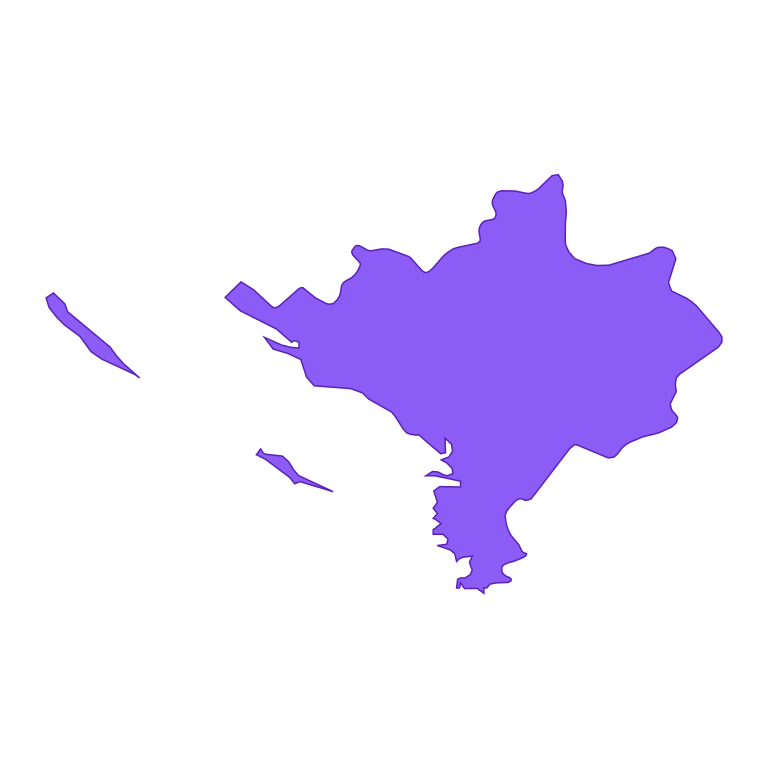 the border of Šibensko-Kninska
{"feature_id": "HRV-1491", "entity_name": "Šibensko-Kninska", "entity_type": "County", "adm_level": 1, "iso_a3": "HRV", "parent_name": "Croatia", "parent_adm1": "", "projection": "orthographic", "projection_center": [15.941, 43.766], "detail": "fine", "context": "isolated", "style": "filled", "palette": "violet", "viewbox_px": 768, "rotation_deg": 0, "n_neighbors": 0, "source": "natural_earth", "source_scale": "10m", "svg_char_len": 3652}
<svg xmlns="http://www.w3.org/2000/svg" viewBox="0 0 768 768"><path d="M486.7,587.9L483.9,587.9L483.9,593.3L477.1,588.4L464.5,588.6L460.5,582.6L460.0,584.0L460.1,586.2L459.4,588.0L456.6,588.0L457.6,579.3L460.6,577.9L465.0,578.0L470.3,574.6L472.2,569.8L470.6,566.1L469.5,562.0L472.3,556.1L463.1,557.2L459.8,558.4L456.6,561.4L454.8,553.8L450.2,549.9L437.3,545.5L446.7,544.3L448.0,539.1L443.0,534.3L433.2,534.3L433.2,529.5L435.8,527.9L438.6,525.4L441.2,523.7L435.6,519.5L433.2,518.4L437.4,513.6L433.2,508.2L437.4,502.4L433.8,490.9L439.7,486.6L460.5,487.0L460.5,481.2L435.2,475.8L425.8,475.8L432.5,471.5L438.1,472.0L442.7,474.4L447.0,475.8L452.9,473.6L452.1,468.5L447.1,463.2L441.2,459.9L449.0,456.9L452.6,451.1L451.5,444.3L445.1,438.2L445.5,452.8L440.7,453.7L426.9,442.0L419.1,435.0L415.3,435.1L410.1,434.1L406.7,432.9L403.2,429.0L395.4,416.7L391.7,412.1L368.9,399.2L362.5,392.9L350.6,388.6L314.3,385.8L306.6,377.1L300.8,359.5L287.5,353.3L273.2,349.1L264.5,337.4L281.3,344.9L290.1,347.2L299.0,348.1L299.0,342.3L295.7,340.8L293.4,341.0L292.2,341.8L291.7,342.3L276.6,329.1L240.3,310.8L225.1,297.4L241.0,281.9L253.5,289.7L271.1,306.0L273.5,307.6L276.4,307.6L279.6,305.7L298.7,288.9L300.8,287.7L302.9,287.7L315.3,297.8L326.4,303.7L329.7,304.2L333.4,303.6L337.3,299.7L339.6,295.8L340.7,291.6L341.3,287.3L341.7,285.2L343.4,282.7L346.1,280.7L351.1,278.1L354.5,275.0L357.4,271.4L359.2,267.9L360.3,265.0L360.2,263.3L359.3,262.0L352.9,255.1L351.8,252.5L352.0,250.6L355.0,246.5L356.9,245.5L359.5,245.7L367.4,250.1L370.5,250.9L381.9,248.9L388.8,249.2L408.7,256.5L410.8,258.1L421.9,270.5L423.9,271.9L425.3,272.6L426.8,272.4L429.1,271.5L432.7,268.3L444.0,255.4L448.1,252.1L453.0,249.0L456.9,247.6L477.5,243.2L480.1,241.1L480.2,238.6L479.1,232.5L479.0,230.0L479.6,227.4L480.7,224.9L482.3,222.8L484.0,221.4L485.8,220.7L491.5,219.7L493.9,218.8L495.0,217.8L495.8,215.9L496.1,213.4L495.4,210.9L493.1,206.4L492.4,204.3L492.3,202.6L492.3,202.0L492.4,201.3L492.6,200.3L493.4,198.3L495.7,193.9L497.6,192.0L501.5,190.8L515.2,191.0L526.2,193.3L528.6,193.5L530.9,193.1L533.9,191.7L537.8,189.4L552.2,175.6L558.3,174.7L562.4,181.2L563.0,184.7L562.9,187.8L562.3,189.7L562.3,191.9L562.7,194.0L563.1,195.3L563.5,196.1L563.8,196.6L565.1,200.0L565.5,201.8L566.3,212.1L566.1,215.6L565.4,223.3L565.2,238.8L565.6,244.9L568.8,251.8L574.6,258.6L586.7,263.6L597.0,265.5L608.9,265.2L649.3,253.1L655.1,248.7L657.9,247.4L661.2,247.2L664.7,247.4L669.9,249.5L672.3,250.9L675.9,258.8L668.5,282.4L669.8,286.5L671.6,291.0L687.1,298.6L691.3,301.5L696.3,305.7L718.9,332.2L721.9,336.9L721.9,342.1L718.3,347.2L679.9,373.9L676.3,377.9L675.3,384.2L675.7,387.8L676.3,390.3L675.9,392.3L670.2,403.8L671.1,408.2L672.3,411.0L675.3,414.1L677.7,417.6L676.6,422.4L671.6,427.1L658.3,433.0L642.9,436.8L630.6,441.9L626.2,444.4L622.2,447.7L617.5,453.9L613.8,457.2L608.2,457.9L577.2,445.0L574.7,444.6L569.8,448.5L531.1,498.9L527.5,500.1L524.9,500.3L521.9,498.8L519.0,498.9L515.7,500.7L509.3,507.6L506.7,511.2L505.0,515.6L506.3,524.2L508.3,530.2L511.0,535.5L518.9,544.8L521.9,551.3L523.9,552.8L526.6,553.6L526.1,555.4L523.4,557.4L513.9,561.3L508.5,562.7L504.1,564.6L501.8,566.9L501.9,571.9L503.8,574.5L506.6,576.4L509.4,577.5L511.0,578.7L511.2,580.7L508.4,582.4L496.2,582.9L490.1,584.1L486.8,587.9L486.7,587.9ZM64.8,303.8L67.6,311.7L110.1,347.1L116.7,356.1L123.9,364.1L139.7,378.0L134.9,374.5L101.8,359.1L91.2,351.8L79.8,336.3L64.6,325.0L57.2,317.8L49.1,307.5L46.1,297.9L53.4,293.0L64.8,303.8ZM298.6,475.6L333.2,491.7L299.9,481.6L294.7,483.8L289.7,477.4L265.3,459.2L256.4,454.7L260.7,448.9L263.0,452.9L265.3,454.2L282.5,456.1L288.9,462.0L293.4,469.6L298.6,475.6Z" fill="#8b5cf6" stroke="#5b21b6" stroke-width="1.5"/></svg>